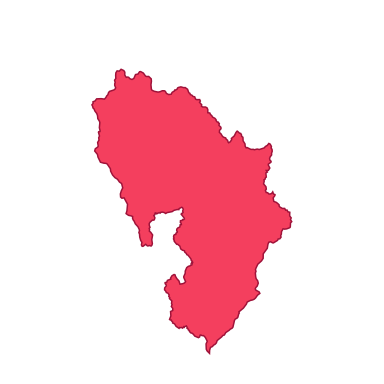 outline of Samana, Caldas, Colombia, rotated 145°
{"feature_id": "7082276B26137922991346", "entity_name": "Samana", "entity_type": "district", "adm_level": 2, "iso_a3": "COL", "parent_name": "Colombia", "parent_adm1": "Caldas", "projection": "albers", "projection_center": [-74.983, 5.535], "detail": "fine", "context": "isolated", "style": "filled", "palette": "rose", "viewbox_px": 384, "rotation_deg": 145, "n_neighbors": 0, "source": "geoboundaries", "source_scale": "gbopen_adm2", "svg_char_len": 6073}
<svg xmlns="http://www.w3.org/2000/svg" viewBox="0 0 384 384"><g transform="rotate(145 192 192)"><path d="M212.9,320.6L216.7,323.0L219.2,322.2L221.4,322.7L222.2,321.3L224.0,320.8L224.3,318.9L224.9,317.7L224.6,316.1L225.1,314.1L225.0,311.0L225.6,308.7L227.1,306.1L227.2,303.2L227.7,301.7L231.0,297.8L232.3,294.6L232.8,294.3L233.8,294.9L234.3,294.7L235.7,290.9L237.3,290.0L238.4,287.9L240.9,286.7L242.5,283.4L243.5,282.9L246.4,282.9L248.2,281.4L247.9,277.0L249.0,274.5L249.9,268.9L247.9,266.4L245.9,264.6L245.4,263.5L245.5,257.9L246.7,255.7L247.3,251.5L246.9,248.0L245.7,245.2L245.7,241.8L244.8,239.3L246.4,235.1L249.2,233.5L251.8,231.5L253.4,228.8L253.0,227.1L251.0,226.2L251.8,219.0L256.1,213.9L258.4,212.1L257.4,209.3L255.5,207.3L254.7,206.0L255.8,204.5L256.2,202.8L256.1,201.3L256.7,198.5L256.2,194.5L256.7,191.6L257.1,190.6L258.9,189.1L259.0,187.9L260.7,185.0L261.8,181.7L261.9,179.5L263.8,177.7L264.0,176.1L263.3,175.6L259.9,175.7L259.5,173.6L259.1,173.1L257.6,172.6L256.5,171.2L255.4,171.4L254.1,172.4L252.3,176.0L248.9,179.4L248.9,182.7L249.4,184.3L248.2,185.8L247.9,186.8L246.7,187.1L246.0,189.5L245.1,190.7L243.8,191.3L240.6,191.7L239.5,190.9L238.8,190.9L237.2,192.1L236.7,194.7L235.5,194.7L234.3,195.9L233.6,195.6L233.9,194.9L233.4,194.3L231.6,194.2L230.0,193.0L229.7,193.4L227.9,192.6L226.6,191.2L225.9,189.5L224.2,189.4L219.5,187.3L217.3,187.3L214.3,186.2L212.8,185.1L212.1,185.8L209.2,185.4L208.8,184.7L209.0,182.9L210.6,181.8L210.9,180.5L212.2,180.1L212.9,180.4L213.0,180.0L213.6,179.9L213.3,175.5L213.7,174.2L214.9,174.2L215.4,174.8L216.5,174.4L217.9,175.1L219.0,173.8L218.8,172.7L219.4,171.4L220.4,172.0L222.1,170.3L224.1,170.7L225.8,170.3L226.8,169.0L226.7,168.0L227.2,167.5L228.8,167.4L229.6,166.5L230.8,167.1L231.7,166.9L232.9,165.8L233.1,164.6L234.1,164.2L234.2,162.6L234.7,162.3L234.8,161.6L234.6,158.8L234.5,157.9L233.8,157.5L233.0,154.6L233.9,151.9L233.2,149.8L231.9,148.2L232.4,146.9L231.9,144.8L232.2,143.7L231.5,142.5L231.3,139.3L231.3,137.6L231.9,136.3L231.5,135.1L233.2,134.1L232.2,133.7L234.2,132.3L234.9,132.9L235.9,132.6L237.6,133.2L239.7,133.1L242.9,131.1L244.2,129.3L247.2,127.5L247.8,126.6L248.7,122.2L250.3,121.8L252.1,122.2L254.7,123.4L253.7,126.7L254.1,129.6L253.9,132.6L253.4,133.7L254.0,134.7L256.4,134.9L258.9,133.8L259.3,132.8L262.8,133.7L264.8,132.4L265.8,133.2L266.2,133.1L266.6,132.1L266.4,130.7L266.9,129.9L269.4,129.1L270.6,127.6L270.4,125.9L270.7,124.3L269.8,123.1L269.7,120.9L270.9,119.8L270.8,118.2L271.6,117.6L271.0,114.4L272.8,112.3L272.9,111.2L274.6,110.1L274.5,107.8L275.5,106.3L275.8,106.0L278.1,106.4L280.4,102.6L283.5,100.5L283.2,99.6L282.4,98.9L282.7,98.1L282.4,96.7L283.0,95.8L281.9,94.0L282.1,91.1L280.8,87.7L279.8,88.1L279.2,87.4L278.2,87.0L277.9,86.0L276.4,86.3L276.6,85.8L276.1,85.5L275.3,86.0L273.4,85.5L273.6,83.9L274.2,83.4L273.7,82.8L274.1,81.1L273.6,80.0L274.1,79.2L273.8,77.3L272.9,76.2L272.5,74.7L272.4,72.4L270.3,69.0L268.9,68.9L267.4,70.1L266.8,69.8L266.1,68.5L264.9,67.7L264.5,65.2L265.1,61.0L267.6,59.5L270.5,55.0L270.8,53.1L270.2,49.8L268.3,52.3L266.0,54.1L263.9,53.7L262.1,54.2L260.5,54.0L258.6,54.4L256.6,55.9L250.9,56.3L249.0,56.8L247.5,56.3L245.0,57.5L240.9,57.4L239.4,57.7L237.4,57.4L236.0,57.8L230.8,62.5L229.4,63.1L227.5,62.8L226.3,63.1L223.6,65.4L222.7,65.7L222.4,66.9L216.5,67.4L211.7,69.0L209.9,70.2L206.4,69.7L204.2,68.8L202.5,68.5L200.8,68.7L197.5,69.9L194.6,70.0L194.3,71.6L195.9,74.8L195.8,76.3L194.7,77.1L192.6,77.5L190.0,79.3L189.1,81.7L189.2,84.2L188.4,86.1L186.5,89.4L185.2,90.2L184.4,92.2L183.0,93.1L179.5,95.1L174.6,95.7L171.8,96.8L169.1,100.5L162.6,102.7L159.8,105.6L157.9,106.8L156.1,106.1L155.2,104.2L154.5,103.6L149.7,103.3L148.3,104.1L147.0,103.3L145.0,103.9L144.3,105.5L143.0,106.2L141.4,108.2L138.5,109.6L137.5,108.5L135.6,107.5L132.5,106.7L131.6,106.9L129.0,110.2L127.3,110.5L127.2,112.8L125.6,113.9L125.7,116.1L125.3,117.0L123.5,119.3L124.8,120.8L124.5,122.7L125.7,123.4L125.5,125.4L127.3,126.6L128.6,129.2L128.7,130.5L128.0,131.5L128.2,132.7L128.8,135.0L130.4,137.4L128.9,140.6L126.2,141.5L125.5,142.3L126.4,143.6L125.8,145.8L127.6,145.1L129.3,145.6L130.2,146.4L130.4,148.0L131.5,149.0L130.9,151.3L129.5,151.7L128.4,153.9L128.7,157.6L126.6,159.5L126.1,160.7L125.0,160.5L123.6,161.6L122.6,161.6L120.6,165.2L118.9,165.1L118.8,167.0L117.1,165.9L114.5,167.0L114.0,170.4L113.5,171.0L110.3,171.1L109.6,171.8L109.9,173.6L109.1,175.1L107.9,175.9L105.5,176.7L104.8,177.9L102.9,179.4L102.0,181.0L101.9,182.7L100.8,183.8L100.5,186.4L101.2,187.7L103.6,187.0L105.8,187.2L107.5,186.7L112.5,188.2L114.0,189.8L116.8,190.9L117.2,191.7L119.3,193.1L121.3,196.7L122.3,197.1L122.2,199.0L121.0,201.0L120.8,204.6L118.9,207.6L119.4,209.2L118.7,210.4L118.5,212.1L119.3,212.8L119.9,215.8L120.3,216.0L121.9,215.5L125.2,213.7L129.0,213.3L129.5,212.1L131.9,211.2L133.7,211.3L133.8,212.2L133.2,214.0L133.7,215.7L133.4,217.0L134.8,218.9L135.1,220.4L134.9,223.1L135.4,225.1L134.0,226.8L132.4,227.0L131.7,227.5L131.2,228.5L131.7,231.1L130.3,232.5L130.7,233.3L130.4,234.1L131.2,234.9L131.3,236.7L130.8,237.5L131.0,239.3L132.2,241.6L132.0,243.0L132.4,245.0L132.1,246.5L133.6,247.9L131.8,250.4L131.4,252.3L132.2,253.9L134.5,255.5L135.1,256.8L134.0,257.9L134.4,261.1L133.0,261.7L132.7,263.3L135.1,264.9L135.8,266.0L135.2,268.4L136.4,269.8L136.5,271.2L137.5,272.8L137.1,274.0L137.6,274.9L137.5,275.8L136.7,278.7L137.7,281.5L138.8,282.1L140.8,284.5L143.1,285.4L144.1,285.5L145.2,284.8L147.3,285.0L147.5,285.4L148.4,284.9L151.2,285.0L152.9,284.0L155.2,285.2L156.4,287.4L156.1,289.7L156.5,290.7L158.3,292.0L160.7,292.5L162.5,293.3L165.2,296.2L166.4,298.3L166.3,299.5L164.1,303.4L161.7,306.0L160.5,308.1L161.2,311.5L162.9,312.6L163.6,313.6L163.6,317.3L165.0,320.1L166.0,320.6L168.6,319.6L170.9,320.6L174.5,318.4L176.6,318.6L177.9,320.4L178.1,322.3L178.8,323.1L180.1,323.6L180.0,326.3L178.3,328.7L178.2,330.6L179.7,333.2L182.2,332.7L183.9,334.2L186.0,333.3L187.6,331.4L189.3,328.7L191.3,328.0L192.1,325.8L193.2,325.0L194.2,323.6L194.7,321.2L195.8,320.5L197.5,320.4L201.7,321.7L203.2,321.4L205.2,319.9L206.9,319.6L208.3,318.8L210.4,318.3L212.9,320.6Z" fill="#f43f5e" stroke="#9f1239" stroke-width="1.5"/></g></svg>